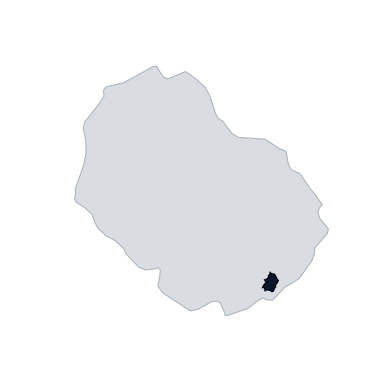 location of Centar Zhupa, Centar župa, North Macedonia, rotated 238°
{"feature_id": "65306769B61721229469178", "entity_name": "Centar Zhupa", "entity_type": "district", "adm_level": 2, "iso_a3": "MKD", "parent_name": "North Macedonia", "parent_adm1": "Centar župa", "projection": "equal_earth", "projection_center": [20.582, 41.471], "detail": "fine", "context": "in_parent", "style": "filled", "palette": "ink", "viewbox_px": 384, "rotation_deg": 238, "n_neighbors": 0, "source": "geoboundaries", "source_scale": "gbopen_adm2", "svg_char_len": 1966}
<svg xmlns="http://www.w3.org/2000/svg" viewBox="0 0 384 384"><g transform="rotate(238 192 192)"><path d="M174.3,103.3L180.2,104.1L192.8,100.6L200.7,95.7L204.7,95.0L210.0,93.1L217.7,93.4L225.6,95.5L235.4,92.7L245.1,88.2L249.1,89.3L253.3,93.2L256.1,94.2L272.4,114.6L281.4,122.9L291.9,129.1L303.9,133.7L308.2,138.1L316.0,159.9L319.8,168.1L324.9,170.6L326.1,173.0L326.4,176.1L320.9,191.4L319.0,225.8L317.6,228.6L311.6,228.4L303.6,229.1L300.6,231.8L297.6,250.3L284.9,255.6L273.3,258.6L263.5,258.0L246.3,253.6L240.7,253.1L235.9,255.6L220.6,256.9L213.8,260.2L198.1,281.9L182.1,289.4L176.7,293.2L164.4,288.4L158.5,287.9L150.0,293.4L131.4,294.0L126.4,294.9L112.1,295.8L111.5,292.8L108.8,288.4L102.1,286.4L88.4,288.1L85.1,284.9L79.5,266.5L75.1,263.5L70.2,257.3L61.9,237.3L61.7,228.6L62.2,220.9L57.6,203.0L60.5,198.5L64.7,195.7L64.8,188.5L63.6,177.6L68.6,156.1L70.0,154.6L71.3,155.6L83.5,157.3L86.7,154.6L88.7,150.4L89.3,134.7L92.2,127.5L121.7,113.8L130.4,113.2L137.1,119.6L142.4,123.6L145.5,123.5L146.7,119.4L150.2,111.6L156.3,107.1L174.2,103.3L174.3,103.3Z" fill="#d9dde1" stroke="#a8b0b8" stroke-width="1"/><path d="M69.4,203.7L69.6,204.1L69.2,204.4L68.1,204.9L67.9,205.9L67.4,205.9L66.6,206.4L66.9,207.0L66.4,206.7L65.4,206.9L65.2,207.4L65.5,207.8L65.2,208.2L65.8,208.3L65.3,208.4L65.9,209.0L65.6,208.9L65.6,209.4L66.6,209.3L66.0,209.6L66.5,210.6L66.6,210.2L66.8,210.7L67.3,210.6L66.9,211.1L67.1,211.4L67.9,211.3L67.0,211.6L67.1,212.2L67.6,212.2L67.8,213.0L68.9,212.7L68.6,213.2L69.0,213.4L70.1,216.6L70.8,217.1L71.1,218.1L74.8,218.1L75.7,217.8L76.1,218.3L77.4,218.4L78.8,218.1L79.6,216.8L80.3,216.6L81.1,215.7L82.2,215.6L80.8,214.1L80.5,213.2L80.2,213.0L80.2,212.4L79.3,212.3L79.1,211.8L78.5,209.9L78.9,207.1L77.8,207.2L77.2,206.9L76.7,207.4L75.9,207.1L75.3,205.9L75.4,205.2L75.0,203.6L73.7,201.5L73.4,202.4L72.7,202.6L71.7,202.3L71.5,202.5L70.5,202.3L70.2,201.8L69.7,201.7L69.3,202.4L69.9,203.2L69.4,203.7Z" fill="#0f172a" stroke="#020617" stroke-width="1.5"/></g></svg>